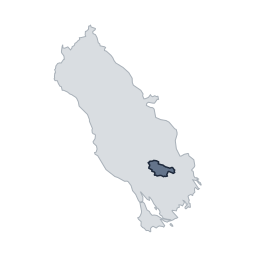 Afyonkarahisar on a map of Turkey (Robinson projection), rotated 237°
{"feature_id": "TUR-2272", "entity_name": "Afyonkarahisar", "entity_type": "Province", "adm_level": 1, "iso_a3": "TUR", "parent_name": "Turkey", "parent_adm1": "", "projection": "robinson", "projection_center": [30.622, 38.521], "detail": "fine", "context": "in_parent", "style": "filled", "palette": "slate", "viewbox_px": 256, "rotation_deg": 237, "n_neighbors": 0, "source": "natural_earth", "source_scale": "10m", "svg_char_len": 4720}
<svg xmlns="http://www.w3.org/2000/svg" viewBox="0 0 256 256"><g transform="rotate(237 128 128)"><path d="M195.5,93.4L199.0,94.6L200.1,93.7L203.2,93.8L206.1,94.5L207.5,92.6L209.5,92.8L209.9,93.8L210.9,94.1L213.9,96.5L213.6,96.8L214.4,97.7L216.9,98.3L217.2,99.5L219.3,101.3L220.4,104.1L219.9,106.1L218.9,107.3L220.7,111.6L220.3,112.1L223.4,113.5L227.3,113.3L228.5,113.9L232.4,117.3L233.4,118.6L230.7,117.0L229.4,118.3L228.8,121.7L224.8,122.3L225.5,124.4L226.6,125.4L226.4,127.5L226.7,128.3L227.9,129.6L227.8,131.4L228.4,133.4L228.5,135.7L230.2,136.4L229.5,137.5L227.9,142.2L228.0,142.6L229.3,142.7L232.2,144.9L231.8,145.6L232.3,148.6L234.8,150.5L234.5,151.5L234.6,152.6L232.8,152.1L229.3,154.8L228.9,154.7L228.3,153.8L228.1,151.1L227.2,150.4L226.1,150.2L224.1,151.5L222.3,151.4L220.5,151.2L215.7,149.5L214.0,150.1L212.1,149.4L208.7,152.7L207.6,153.0L207.0,151.4L205.8,150.5L204.2,151.7L198.2,153.3L195.4,153.5L191.9,153.0L189.1,153.2L181.5,156.8L174.1,158.8L167.5,158.6L163.8,156.4L161.0,155.8L152.6,159.3L148.4,159.2L147.0,157.8L143.8,157.2L143.1,158.5L142.5,161.8L143.7,164.9L141.9,165.0L140.8,165.7L140.5,168.0L138.9,168.9L138.4,170.3L138.1,170.3L135.4,169.2L136.1,168.1L134.4,163.8L135.2,162.5L138.5,159.1L138.4,157.1L136.9,155.7L132.6,158.2L132.2,159.2L131.2,159.9L129.6,160.2L121.8,157.0L117.3,159.9L113.5,164.0L110.6,165.6L102.0,166.7L100.5,167.6L97.5,166.7L95.8,165.6L91.7,160.8L84.2,157.2L76.2,156.3L75.5,157.2L75.3,160.9L74.0,164.4L73.3,164.7L71.6,163.9L65.5,165.9L60.2,163.6L59.3,162.7L58.2,158.6L57.4,158.3L56.6,158.9L55.7,158.9L52.0,157.1L49.9,157.0L48.7,158.7L46.7,159.4L46.7,159.0L47.5,157.9L44.3,158.1L42.6,158.9L40.4,158.4L40.5,157.9L42.4,157.4L46.6,156.8L49.3,154.1L39.2,154.2L38.3,154.8L38.1,153.4L38.7,152.8L41.4,152.3L41.2,151.1L39.6,149.9L37.9,149.2L37.1,146.3L36.2,145.6L36.3,145.2L38.0,144.7L38.3,142.5L38.1,141.2L34.9,140.1L34.2,140.2L33.4,139.1L32.0,138.2L30.9,138.9L27.6,137.2L28.3,135.9L29.1,135.9L29.2,135.0L28.6,133.3L28.7,132.5L29.4,132.2L30.2,132.4L31.0,133.4L31.1,135.3L31.9,136.4L32.5,135.3L34.0,135.9L36.7,135.3L37.2,134.8L35.3,134.9L34.6,134.4L33.0,131.3L34.6,130.4L35.8,128.9L33.6,127.9L34.1,125.8L32.2,123.4L34.8,120.4L34.7,119.9L33.9,119.7L25.9,121.0L25.8,119.7L26.4,118.5L26.4,115.5L26.8,114.0L28.3,113.5L30.1,111.2L33.1,108.4L36.1,108.5L37.3,107.7L39.1,107.7L39.6,108.8L41.2,109.5L44.0,109.4L45.3,108.7L44.1,107.3L45.6,106.9L46.9,107.2L46.2,108.7L46.6,108.8L50.2,108.4L54.0,108.8L58.1,108.6L58.7,108.1L55.7,106.6L57.6,105.3L58.7,105.1L67.4,103.9L67.5,103.6L62.1,102.9L59.4,101.2L58.6,100.3L59.2,98.0L59.8,97.4L61.7,97.3L68.2,98.3L72.9,97.7L78.0,99.2L82.9,98.9L83.9,98.3L85.2,96.1L92.0,92.5L94.4,90.6L105.1,86.9L121.2,87.5L124.0,86.1L125.6,86.6L125.2,87.5L125.3,88.4L127.2,90.6L130.1,91.8L134.1,90.8L135.5,91.2L137.0,94.6L139.6,96.7L140.7,96.8L142.2,95.6L143.6,95.5L146.0,96.7L146.9,97.9L154.6,99.3L156.2,100.3L161.4,101.4L172.9,98.9L177.1,100.6L180.7,101.1L182.2,100.9L186.7,98.9L188.1,97.8L191.0,96.9L194.5,94.7L195.5,93.4ZM47.4,87.3L47.1,88.9L47.8,90.6L49.4,92.9L51.0,94.1L58.8,97.3L57.6,100.3L55.7,100.7L49.0,99.3L46.3,100.5L44.3,100.2L41.6,100.7L40.8,102.5L38.9,104.6L33.5,107.1L28.5,112.2L27.1,112.8L27.7,111.1L27.7,109.6L29.9,107.8L32.9,106.5L33.7,105.4L26.1,105.6L25.4,104.0L26.2,103.7L28.7,101.0L29.0,99.9L28.8,97.2L31.8,95.6L32.1,95.0L31.6,92.3L28.8,90.7L28.9,90.0L30.9,89.3L32.1,87.4L35.1,87.0L36.5,86.1L39.0,85.7L42.2,88.0L45.9,87.1L47.4,87.3ZM24.5,112.0L22.0,112.4L21.2,112.0L22.0,111.2L24.0,110.6L24.6,111.4L24.5,112.0Z" fill="#d9dde1" stroke="#a8b0b8" stroke-width="1"/><path d="M67.8,131.3L70.1,130.0L70.4,129.6L70.9,128.9L71.2,128.0L71.5,127.4L71.7,126.8L71.9,126.3L73.2,125.7L74.0,124.6L74.4,124.7L74.7,125.0L74.9,125.4L75.1,125.7L75.3,125.8L75.5,125.9L76.0,126.2L76.5,126.1L76.9,125.9L77.6,125.5L78.3,124.8L78.7,124.5L79.3,124.8L79.8,125.3L80.6,124.9L81.4,124.4L81.8,124.3L82.2,124.0L82.6,123.7L83.0,123.6L83.8,124.3L84.4,125.5L85.2,126.1L86.6,126.0L87.5,126.0L87.9,126.1L87.8,127.0L87.7,127.2L87.7,127.4L88.0,127.7L88.2,127.8L88.1,128.4L87.3,129.7L87.0,130.3L86.8,131.1L86.8,131.3L86.8,131.6L86.8,131.9L85.8,133.1L85.0,134.0L83.0,135.2L82.7,135.1L82.0,134.3L81.8,134.1L81.6,134.0L81.3,133.9L81.1,134.1L80.5,134.7L79.1,135.8L78.5,136.5L77.7,137.2L76.9,137.5L76.7,137.5L76.4,137.5L75.8,138.0L75.4,138.1L74.9,138.3L74.4,138.9L73.8,139.4L73.4,139.6L72.4,140.6L71.6,141.0L71.4,141.4L71.2,142.8L70.9,143.5L70.1,143.9L69.2,144.0L68.2,143.9L67.3,144.2L66.8,143.4L66.7,143.3L66.5,143.2L66.2,143.1L65.5,143.0L65.3,142.9L65.3,141.5L65.4,141.1L65.8,141.0L66.2,140.8L69.2,138.7L69.5,138.3L69.3,137.4L69.0,137.1L67.8,135.2L66.3,134.8L66.3,134.5L66.5,134.1L66.7,133.6L66.9,133.1L67.6,132.4L67.7,131.9L67.8,131.3Z" fill="#64748b" stroke="#1e293b" stroke-width="1.5"/></g></svg>